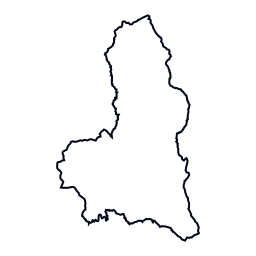 the district of Mera, Vrancea, Romania
{"feature_id": "2599482B23865808249816", "entity_name": "Mera", "entity_type": "district", "adm_level": 2, "iso_a3": "ROU", "parent_name": "Romania", "parent_adm1": "Vrancea", "projection": "orthographic", "projection_center": [26.934, 45.784], "detail": "fine", "context": "isolated", "style": "outline", "palette": "ink", "viewbox_px": 256, "rotation_deg": 0, "n_neighbors": 0, "source": "geoboundaries", "source_scale": "gbopen_adm2", "svg_char_len": 5868}
<svg xmlns="http://www.w3.org/2000/svg" viewBox="0 0 256 256"><path d="M198.2,229.4L198.6,228.6L198.7,227.2L197.6,224.8L197.3,223.5L196.9,222.9L195.3,221.8L194.6,219.9L191.1,215.8L191.1,214.2L188.4,208.6L189.0,207.6L189.1,204.2L188.9,202.5L188.1,200.4L187.9,197.7L186.8,196.7L185.3,192.4L184.9,189.9L183.7,187.3L183.7,185.2L184.5,182.2L184.5,181.0L185.5,180.6L185.9,179.6L187.7,177.8L189.0,175.2L189.2,174.4L188.6,172.8L186.7,172.5L186.1,171.3L186.0,170.7L185.6,170.3L186.1,167.4L187.6,161.5L187.2,159.7L186.4,158.2L184.9,159.2L184.0,160.5L183.5,160.4L182.2,159.1L181.9,157.1L178.8,154.7L178.2,152.0L178.3,148.9L177.5,146.7L177.9,145.9L177.4,144.7L177.8,143.7L177.2,143.1L177.0,142.2L176.5,142.0L176.2,141.5L176.8,141.0L177.1,140.3L177.0,139.1L176.2,138.2L176.7,136.8L176.9,133.5L178.7,133.0L178.7,132.6L180.0,132.5L180.2,131.9L181.0,132.0L181.7,131.4L182.1,130.6L182.7,130.2L182.9,129.4L183.4,129.1L183.6,128.3L184.5,127.1L184.6,126.6L186.0,125.3L186.4,124.2L186.8,121.4L187.1,120.9L186.7,120.5L187.2,119.9L187.2,119.4L187.9,118.9L187.5,117.2L187.8,116.6L187.8,115.0L188.5,111.7L188.4,110.5L188.1,109.7L188.1,109.1L189.0,108.1L189.1,106.7L189.5,105.1L189.4,104.5L188.7,103.7L188.6,102.8L188.0,102.2L188.1,101.6L187.7,101.2L187.6,100.4L187.0,99.7L187.1,98.1L186.5,96.7L186.4,95.5L185.4,94.6L184.7,94.3L184.4,93.2L183.5,92.5L182.5,91.2L181.4,90.7L181.4,90.1L180.8,89.3L178.8,89.1L176.6,88.0L175.4,88.2L174.6,87.7L173.5,87.5L171.9,86.2L170.8,85.9L169.5,84.1L169.2,81.7L169.5,80.4L169.4,79.5L169.5,78.6L170.2,78.5L170.6,77.0L170.3,76.5L170.5,75.2L170.0,73.4L170.2,72.8L169.3,71.6L169.6,70.6L168.7,69.2L168.5,67.9L168.0,66.8L166.2,64.5L165.9,63.7L166.2,62.3L167.6,60.2L169.2,59.4L169.9,57.5L171.0,56.2L170.4,55.3L170.3,54.4L169.3,53.9L169.2,52.5L169.7,51.5L168.8,49.7L166.8,49.3L166.0,48.0L163.3,46.4L162.6,43.5L161.1,41.5L161.5,40.4L161.5,38.6L160.3,37.2L159.4,37.0L159.2,36.2L158.2,35.7L155.7,32.6L153.4,28.5L152.8,26.4L152.1,24.9L150.8,23.2L150.5,22.2L150.8,21.3L150.3,19.6L149.9,19.2L148.5,18.9L149.4,17.3L149.4,16.3L147.7,15.4L141.5,18.3L140.4,19.2L138.0,19.9L137.3,21.1L133.7,22.4L132.9,23.0L132.4,23.9L131.4,24.4L129.9,24.4L128.6,22.8L126.6,23.1L124.4,21.3L122.8,21.7L122.4,22.1L122.3,25.1L121.3,27.1L120.1,26.9L118.4,27.7L118.1,28.3L115.8,30.3L114.9,30.6L114.6,31.4L115.7,35.2L115.4,36.6L114.2,37.8L114.0,38.9L114.4,39.4L114.0,40.2L114.1,42.5L112.9,44.1L113.1,44.9L112.0,46.3L110.0,47.9L108.0,48.9L108.2,50.0L107.2,51.9L106.6,52.3L106.3,52.9L105.4,53.2L105.6,53.9L105.0,54.1L104.8,54.5L105.8,55.5L106.7,58.3L106.6,59.4L107.1,59.9L107.2,60.6L107.8,61.5L108.7,62.1L109.3,63.2L109.1,63.6L109.3,64.2L111.0,66.2L110.2,67.1L111.0,67.9L111.0,68.8L111.3,69.6L110.4,71.7L111.1,72.4L111.3,74.3L110.9,75.4L111.9,75.6L112.1,78.9L111.8,79.5L112.1,80.8L111.8,81.0L111.8,83.2L112.6,84.2L112.1,85.0L112.5,85.6L114.2,87.0L115.1,88.4L115.3,89.1L116.6,89.5L116.4,90.3L116.4,91.1L116.1,92.0L117.1,92.4L116.8,92.7L116.5,94.4L116.7,96.6L116.5,98.1L115.3,97.5L114.9,97.8L114.8,98.1L115.3,98.9L115.2,99.8L113.6,100.5L113.5,102.2L112.5,103.9L113.1,104.4L113.3,105.6L113.9,106.1L114.9,108.1L115.9,108.6L115.4,110.9L115.4,111.5L116.0,112.2L116.2,113.4L116.0,114.2L117.0,114.7L118.7,114.7L117.7,116.6L117.9,117.1L117.6,117.6L118.1,118.4L118.0,119.3L117.6,120.1L116.7,120.5L116.5,120.9L116.4,121.7L116.9,122.9L116.4,124.0L116.4,125.2L115.4,126.8L115.2,128.3L113.8,128.9L113.8,129.5L113.4,129.8L112.2,131.4L112.2,132.1L111.3,134.9L111.7,135.4L111.7,135.8L111.9,137.2L110.6,136.1L110.5,135.3L110.1,134.6L108.5,133.3L107.0,131.4L105.5,130.2L104.0,129.5L103.4,130.4L102.3,130.8L101.4,131.7L99.7,134.2L100.2,134.7L100.6,136.5L98.0,137.3L97.0,138.3L95.7,140.6L91.4,139.3L90.2,139.2L87.3,140.4L84.4,139.9L82.0,140.8L80.4,140.3L76.6,141.7L74.2,141.8L72.9,141.2L70.9,142.0L70.7,143.1L70.3,143.6L68.2,145.6L67.3,148.0L67.1,149.0L66.6,149.7L63.1,151.5L62.7,152.1L62.6,153.2L62.9,154.4L63.6,155.9L63.4,157.5L64.2,160.3L61.8,160.6L60.7,161.7L58.0,162.2L57.4,162.7L57.1,166.3L57.2,167.9L57.7,168.9L60.4,171.3L61.3,172.8L61.4,173.3L60.5,175.0L60.3,176.9L60.5,178.5L60.9,179.2L62.8,181.0L63.3,182.1L62.6,183.4L62.1,185.1L60.9,187.5L63.4,187.9L65.3,187.7L66.1,188.0L72.8,186.9L73.7,187.1L75.1,188.2L76.8,191.0L78.8,193.1L79.0,193.7L79.1,195.0L83.6,198.3L84.7,199.5L85.0,200.2L85.4,203.0L85.4,204.4L85.0,205.9L85.6,208.0L85.3,208.5L85.4,209.6L84.9,209.8L83.0,212.0L82.4,213.8L82.3,214.5L82.4,215.0L82.0,215.8L82.2,216.3L83.2,216.8L84.4,218.7L85.8,219.5L85.7,220.5L86.5,221.2L88.7,221.8L88.5,222.3L88.9,222.5L88.9,223.6L89.6,222.6L90.5,222.8L91.8,222.3L92.4,220.6L92.7,220.2L93.5,220.6L93.6,221.4L94.0,221.7L94.4,221.6L95.1,220.1L95.6,219.8L96.9,221.1L97.9,221.2L98.7,219.7L98.4,218.7L98.7,217.1L98.6,215.8L99.3,214.7L99.9,214.5L101.0,215.2L101.3,216.9L101.9,218.3L102.3,218.3L104.1,216.9L104.7,216.8L105.3,217.2L105.7,217.8L105.9,220.4L106.2,220.6L107.8,219.2L107.0,217.2L107.6,216.1L106.7,215.3L106.6,214.6L106.3,214.0L106.5,213.2L105.4,211.8L106.0,209.9L107.6,210.1L108.1,210.6L109.1,209.9L109.8,210.8L111.1,210.3L112.2,210.8L113.6,209.9L115.3,211.3L115.6,212.6L116.7,213.5L120.4,214.8L121.8,214.5L122.2,214.0L123.5,214.0L124.5,216.5L124.3,217.6L124.6,217.6L124.9,218.2L125.2,217.9L125.5,218.0L125.6,218.7L126.0,219.1L125.8,220.0L126.1,220.7L128.2,222.1L128.5,222.4L128.3,223.0L129.6,224.3L130.3,223.5L131.3,223.3L132.3,223.6L134.5,222.2L136.6,221.8L138.5,220.6L139.7,220.9L140.9,220.7L142.4,222.0L142.9,220.9L145.3,219.7L146.2,218.9L147.6,219.2L150.2,218.9L152.2,220.2L152.3,221.3L152.8,222.4L153.0,222.4L153.0,221.8L153.5,220.8L154.3,220.7L155.1,221.3L155.8,222.4L158.7,225.0L159.9,226.9L161.6,226.1L162.5,226.4L164.6,226.3L170.5,227.9L171.3,229.0L171.5,230.3L172.3,230.3L172.8,231.7L173.4,231.6L177.8,235.9L180.6,237.6L181.8,239.3L185.0,240.6L187.2,237.4L188.9,237.9L190.4,237.4L191.6,237.5L194.1,235.3L198.5,233.6L198.9,233.0L198.1,231.6L198.2,229.4Z" fill="none" stroke="#020617" stroke-width="2"/></svg>